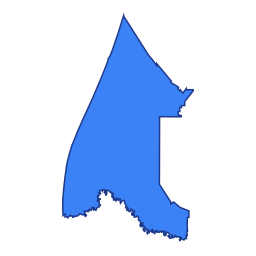 Matamoros, Tamaulipas, Mexico, rotated 180°
{"feature_id": "50627088B46889164342382", "entity_name": "Matamoros", "entity_type": "district", "adm_level": 2, "iso_a3": "MEX", "parent_name": "Mexico", "parent_adm1": "Tamaulipas", "projection": "equal_earth", "projection_center": [-97.465, 25.556], "detail": "fine", "context": "isolated", "style": "filled", "palette": "blue", "viewbox_px": 256, "rotation_deg": 180, "n_neighbors": 0, "source": "geoboundaries", "source_scale": "gbopen_adm2", "svg_char_len": 5576}
<svg xmlns="http://www.w3.org/2000/svg" viewBox="0 0 256 256"><g transform="rotate(180 128 128)"><path d="M74.8,139.2L74.7,140.5L77.3,140.6L77.3,141.2L77.8,141.2L77.8,144.5L76.2,144.5L76.2,148.4L74.6,148.5L74.6,150.4L71.3,150.4L71.3,154.4L62.7,165.3L62.9,166.3L69.7,166.3L69.7,167.4L73.2,162.9L75.7,166.3L76.3,165.2L78.3,167.7L77.5,168.6L78.0,169.2L85.5,173.7L84.7,174.9L99.3,192.4L99.4,191.1L99.2,190.8L99.3,190.2L103.3,196.0L107.3,200.6L127.8,232.8L131.6,238.7L132.1,238.8L132.2,239.3L132.2,240.2L132.3,240.6L137.8,223.1L143.3,206.8L145.7,200.6L146.6,199.0L147.7,197.5L148.0,195.8L148.7,193.5L152.7,183.2L156.7,173.6L163.4,157.8L172.7,137.5L177.6,126.5L183.0,113.1L183.7,111.7L184.1,111.7L183.9,111.7L183.9,111.4L186.6,102.2L188.4,95.4L189.4,90.4L191.1,77.9L192.1,69.0L193.1,57.8L193.3,49.8L193.0,40.5L192.1,41.4L191.3,41.9L191.0,41.9L190.7,41.3L191.1,39.5L191.0,39.0L190.1,39.4L189.6,39.4L188.9,39.0L188.5,38.3L188.1,38.2L187.9,39.0L186.4,39.8L186.4,40.5L186.1,40.8L185.3,40.5L184.7,39.9L183.4,39.9L183.2,39.6L183.2,38.7L182.8,38.6L181.9,39.5L181.0,40.0L180.7,40.1L180.2,39.6L179.9,39.6L178.9,40.1L177.9,40.4L177.1,41.0L176.8,41.9L176.5,42.0L175.5,42.0L174.3,41.4L171.7,41.1L171.2,40.7L170.8,39.7L170.5,39.6L169.7,40.4L169.6,40.7L170.5,41.8L171.5,42.3L171.0,42.9L171.6,44.0L171.7,44.8L169.2,44.6L168.6,45.3L168.2,45.1L168.0,44.4L167.4,44.5L167.2,44.9L167.2,45.9L167.1,46.4L166.3,46.8L165.6,45.8L165.2,45.6L164.9,45.7L163.9,47.1L163.9,48.5L163.6,48.7L162.8,48.6L162.5,46.8L162.3,47.1L162.3,48.1L162.0,48.3L161.7,48.1L161.6,47.7L161.9,46.3L161.9,46.1L160.9,46.2L160.1,45.7L159.9,45.8L159.6,47.1L158.9,48.2L157.9,49.1L156.6,49.2L156.5,49.7L156.7,50.4L156.5,50.6L156.0,50.4L155.6,50.9L155.7,51.3L157.1,52.0L156.8,53.8L157.0,54.6L157.3,54.8L158.4,54.8L158.7,55.1L158.6,55.3L158.4,55.6L157.4,55.7L156.6,56.0L155.9,56.6L155.7,57.0L155.9,57.3L157.4,57.4L157.7,57.4L158.0,56.9L158.3,57.1L158.2,58.5L158.6,59.8L158.2,60.0L158.2,59.4L157.8,59.2L157.1,60.4L156.5,61.8L155.7,62.0L155.4,62.4L155.6,62.6L156.5,62.5L157.0,62.7L157.3,63.0L157.4,63.5L156.8,63.3L156.3,63.6L156.1,64.0L156.2,65.3L155.9,65.7L155.4,65.6L154.5,65.8L153.6,64.8L153.3,65.8L152.6,66.3L152.2,66.2L151.7,65.9L150.6,66.2L150.4,65.9L150.4,65.7L151.1,65.6L151.4,65.4L151.4,64.3L151.7,63.4L151.5,63.0L151.2,63.0L150.7,63.7L150.6,64.5L150.4,64.7L150.2,64.4L149.8,63.5L150.2,62.5L150.0,61.8L150.3,61.1L150.2,60.9L149.8,60.9L149.3,62.0L149.1,64.0L149.4,65.0L149.5,65.1L149.5,65.4L147.9,65.6L147.2,65.5L145.6,63.5L144.8,63.9L144.3,63.8L144.0,63.2L144.3,62.4L144.2,62.1L143.7,62.1L143.0,62.6L142.7,62.5L142.8,62.0L143.0,61.6L143.6,61.4L143.7,60.5L144.1,60.1L144.2,59.6L143.8,58.8L143.5,58.6L143.3,58.8L142.8,59.7L142.5,59.7L142.3,59.4L142.2,59.0L142.6,57.3L142.5,56.0L141.9,56.0L141.1,56.5L140.0,57.9L139.4,57.6L139.3,57.0L140.3,56.1L140.4,55.3L140.2,55.0L139.9,55.1L138.8,56.3L137.7,57.2L137.4,57.3L137.2,57.1L137.4,56.2L137.4,55.8L137.2,55.7L136.4,56.7L136.0,57.0L135.6,57.0L135.6,55.5L135.8,53.4L135.5,52.7L134.3,54.5L133.4,55.3L131.7,55.5L131.4,54.9L131.4,53.5L131.3,52.8L130.7,52.0L130.5,51.1L129.9,50.9L129.7,50.7L129.6,50.0L130.3,48.8L130.3,48.2L129.8,48.0L128.4,48.4L128.1,48.1L128.2,47.8L129.1,46.6L129.1,45.8L128.9,45.9L128.3,47.3L128.0,47.4L127.8,47.2L127.8,45.7L127.6,45.1L126.6,44.4L126.0,44.4L125.7,44.8L125.5,45.7L125.5,46.7L125.1,46.9L124.6,46.9L124.1,46.5L124.1,46.2L124.4,45.6L124.2,45.2L123.0,44.8L121.9,45.4L121.6,45.3L121.4,44.7L121.7,44.1L123.2,43.1L124.3,42.8L124.4,42.1L124.1,41.1L123.0,40.7L123.3,42.0L123.3,42.4L122.9,43.1L122.4,43.3L122.1,42.9L122.0,41.6L121.6,40.5L121.8,39.2L121.8,38.9L120.9,39.1L119.8,39.1L119.1,40.1L118.5,40.0L118.0,39.1L117.1,38.1L117.6,36.8L117.5,35.7L116.1,35.3L115.6,34.1L115.6,33.4L115.3,33.0L114.9,33.0L113.9,33.3L113.4,33.2L113.2,32.9L113.4,31.8L113.8,31.4L114.6,31.7L115.0,32.5L115.5,32.4L115.8,31.8L116.0,30.6L115.8,30.2L115.7,30.0L115.0,31.3L114.4,31.4L114.2,31.2L114.5,30.0L114.4,29.3L114.1,29.3L113.8,29.6L113.5,30.5L113.0,30.6L112.1,29.5L111.1,28.9L110.8,28.4L110.8,27.9L112.0,28.1L112.7,27.7L112.8,27.4L112.8,26.4L112.3,25.4L111.5,24.6L111.3,24.7L110.6,25.5L110.5,26.1L110.7,26.8L110.4,27.2L109.4,26.3L108.0,26.5L107.7,26.4L107.8,25.3L108.6,24.5L108.9,23.8L109.0,23.3L108.6,22.3L108.4,22.6L108.3,23.8L107.9,24.4L107.6,24.2L107.3,23.2L107.0,23.2L106.6,23.5L106.4,24.2L106.9,24.5L106.8,24.9L106.5,25.0L104.5,24.7L103.8,23.6L103.6,23.6L103.5,24.3L103.6,24.9L104.1,25.8L104.0,26.4L103.8,26.6L102.9,25.4L103.0,24.0L102.1,23.9L101.8,22.9L101.3,22.4L101.1,22.6L101.0,23.1L100.9,24.9L100.1,25.1L99.2,25.6L99.0,25.4L99.5,24.4L99.3,23.9L99.0,23.8L98.1,23.9L96.8,23.7L96.7,23.8L96.7,24.5L95.5,24.2L94.7,25.0L94.4,24.8L94.5,24.0L94.0,23.8L92.9,24.9L92.4,25.0L92.0,24.5L92.3,21.6L92.1,21.1L91.3,20.3L90.0,21.0L89.9,21.5L90.1,22.0L91.1,22.5L91.2,22.8L90.2,23.4L90.0,24.3L89.6,24.1L89.0,23.2L88.0,23.4L87.5,23.3L86.6,22.1L86.5,21.4L87.0,20.3L87.8,20.3L88.0,19.9L87.3,19.0L86.7,19.3L86.3,19.1L86.2,18.8L86.1,17.7L84.8,18.0L84.3,18.6L84.1,19.9L84.4,20.7L84.0,21.1L83.5,20.7L83.8,19.0L83.6,18.6L83.2,18.3L81.9,18.5L81.5,19.7L80.7,20.7L80.3,20.5L80.2,19.4L79.8,19.1L79.2,19.0L77.9,19.3L76.8,19.0L76.2,19.1L76.0,17.3L76.4,16.7L76.5,16.1L76.3,15.5L76.1,15.4L75.9,15.4L75.7,15.8L74.9,18.3L74.6,18.1L74.1,17.0L73.6,16.5L71.9,16.1L71.7,16.3L71.7,17.1L71.4,17.4L70.9,17.5L69.9,17.3L69.5,17.4L69.7,18.7L69.4,19.5L69.8,19.6L69.7,20.7L68.8,20.7L68.9,21.7L68.8,21.9L69.4,24.4L68.5,24.8L68.9,32.5L68.7,32.5L68.7,38.6L67.1,38.6L67.1,45.1L76.2,48.7L82.3,54.0L82.7,54.0L85.2,52.0L85.3,53.7L85.4,54.3L96.6,71.7L96.4,139.3L74.8,139.2Z" fill="#3b82f6" stroke="#1e3a8a" stroke-width="1.5"/></g></svg>